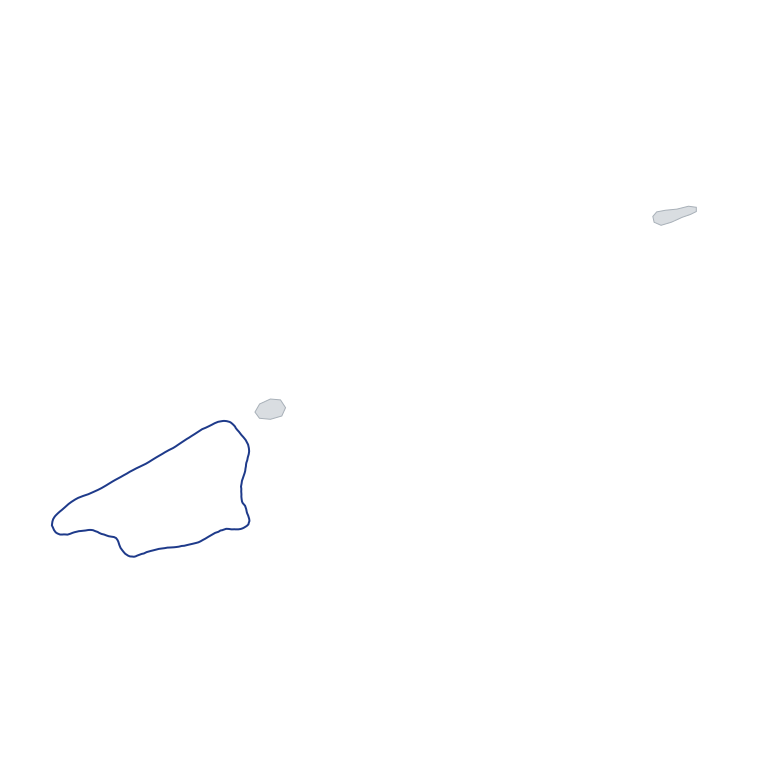 location of Mulaku, Maldives, rotated 60°
{"feature_id": "70690204B6879359618468", "entity_name": "Mulaku", "entity_type": "district", "adm_level": 2, "iso_a3": "MDV", "parent_name": "Maldives", "parent_adm1": "", "projection": "equal_earth", "projection_center": [73.487, 2.962], "detail": "fine", "context": "in_parent", "style": "outline", "palette": "blue", "viewbox_px": 768, "rotation_deg": 60, "n_neighbors": 0, "source": "geoboundaries", "source_scale": "gbopen_adm2", "svg_char_len": 2807}
<svg xmlns="http://www.w3.org/2000/svg" viewBox="0 0 768 768"><g transform="rotate(60 384 384)"><path d="M385.1,64.7L379.0,69.2L373.3,67.4L371.3,61.8L374.2,53.5L379.0,42.9L382.3,31.4L387.1,25.2L390.8,27.3L390.4,33.7L388.7,42.6L387.6,54.1L385.1,64.7ZM351.4,509.0L343.8,509.8L339.1,501.7L340.2,489.9L346.0,481.6L355.3,481.1L360.6,488.5L357.8,500.0L351.4,509.0Z" fill="#d9dde1" stroke="#a8b0b8" stroke-width="1"/><path d="M345.5,742.8L348.3,742.5L350.1,741.6L352.3,739.9L353.5,737.9L354.2,736.4L355.3,734.7L356.2,733.4L356.8,730.8L357.2,728.1L357.6,726.2L358.3,723.9L358.9,721.8L359.8,719.9L360.4,718.5L361.6,715.8L362.4,713.6L363.0,712.2L363.9,710.7L365.1,709.1L367.2,707.5L368.9,706.0L370.7,705.0L372.6,703.6L374.4,701.7L376.5,700.0L378.2,698.5L379.6,696.8L381.5,694.4L383.4,693.1L385.5,692.8L387.5,692.9L391.2,693.7L394.2,694.1L397.0,693.8L399.1,693.5L401.6,693.0L404.8,691.4L406.3,690.2L407.5,688.4L408.6,686.9L409.1,685.2L409.2,683.6L409.6,681.2L410.0,678.8L410.7,676.7L410.9,673.6L411.4,671.7L411.9,669.7L412.8,666.6L413.5,664.1L414.2,661.5L415.4,658.6L416.5,656.0L417.4,653.4L418.8,650.7L420.3,647.7L421.2,645.7L422.3,643.0L423.1,640.2L424.2,637.9L425.1,634.8L425.8,632.5L426.7,629.6L427.7,626.2L428.3,623.9L428.5,621.5L428.5,618.7L428.6,616.1L428.5,612.5L428.5,610.3L428.5,607.5L428.5,604.7L429.2,601.3L429.1,598.9L429.8,596.9L429.8,596.6L430.5,593.1L431.9,590.9L433.6,588.8L434.9,586.4L436.0,584.6L437.0,582.9L437.9,580.6L438.3,578.6L438.4,576.9L438.3,573.9L437.8,571.7L436.5,570.4L435.3,569.0L433.4,568.2L429.9,567.4L427.8,567.2L426.4,566.9L423.4,565.9L420.0,565.2L416.4,565.9L414.7,565.7L412.6,564.9L410.3,563.9L408.2,562.6L405.7,561.4L403.5,560.0L401.3,559.1L399.1,557.2L396.8,555.4L395.1,553.4L393.5,551.6L391.4,549.2L389.9,547.7L387.8,546.1L386.2,544.7L384.7,543.7L383.3,542.5L381.7,540.6L379.5,538.7L377.1,536.2L374.8,534.4L372.0,533.1L368.5,532.0L363.4,531.8L360.0,532.3L356.7,533.0L352.8,533.5L350.1,534.1L347.9,534.4L346.3,534.3L344.1,534.8L342.5,535.3L341.1,535.8L339.7,536.6L337.6,538.7L336.5,540.2L335.6,541.7L334.8,543.8L333.8,546.6L333.3,550.3L333.2,553.5L333.0,556.9L332.7,560.5L332.2,564.0L332.4,567.7L332.5,569.6L332.7,573.4L332.8,576.4L333.0,579.9L333.0,582.1L333.2,585.5L333.4,588.7L333.7,593.1L333.9,595.5L334.0,598.6L333.7,603.1L333.6,607.8L333.7,610.8L333.7,614.0L333.7,617.7L333.8,621.7L334.0,626.9L334.0,630.2L333.7,634.2L333.5,637.0L333.2,640.6L333.1,643.5L332.9,648.1L333.0,651.5L332.9,655.2L332.9,658.4L332.8,661.7L332.7,664.9L332.7,668.1L332.8,672.3L332.9,675.6L332.9,680.7L332.7,684.5L332.2,689.6L331.6,695.2L330.5,700.6L329.7,705.8L329.6,709.1L329.8,713.6L330.2,717.2L331.2,721.9L332.0,726.0L332.4,728.6L333.0,731.4L333.8,734.4L334.5,736.1L335.7,738.2L337.4,740.0L339.2,741.4L340.4,742.3L343.0,742.5L345.5,742.8Z" fill="none" stroke="#1e3a8a" stroke-width="2"/></g></svg>